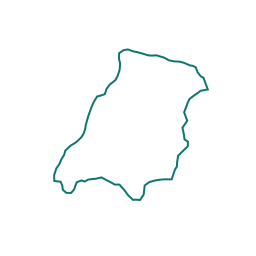 Eptakomi, Cyprus (Mercator projection), rotated 326°
{"feature_id": "46923920B67887725742244", "entity_name": "Eptakomi", "entity_type": "district", "adm_level": 2, "iso_a3": "CYP", "parent_name": "Cyprus", "parent_adm1": "", "projection": "mercator", "projection_center": [34.034, 35.451], "detail": "fine", "context": "isolated", "style": "outline", "palette": "teal", "viewbox_px": 256, "rotation_deg": 326, "n_neighbors": 0, "source": "geoboundaries", "source_scale": "gbopen_adm2", "svg_char_len": 1345}
<svg xmlns="http://www.w3.org/2000/svg" viewBox="0 0 256 256"><g transform="rotate(326 128 128)"><path d="M135.5,195.0L143.9,188.6L146.9,187.4L149.6,183.8L154.1,179.0L162.2,177.5L167.3,176.6L170.0,172.9L168.5,169.0L170.9,164.2L173.3,158.2L181.2,155.1L183.3,146.4L187.5,143.4L191.7,140.4L195.3,138.3L200.7,138.0L205.8,138.0L208.8,137.7L215.7,140.7L217.2,134.3L218.7,128.6L217.2,125.9L216.9,120.5L218.1,115.6L216.6,112.9L214.2,110.5L210.9,105.4L208.2,102.1L203.7,98.7L199.8,94.8L197.4,90.0L194.7,86.7L192.3,83.7L188.1,81.2L185.4,79.1L181.8,74.6L177.9,70.1L175.5,67.7L171.8,62.8L167.9,61.0L162.5,61.0L159.2,65.6L157.7,69.8L155.9,72.2L153.8,74.9L150.8,77.3L148.4,79.1L144.5,81.2L141.5,81.5L137.0,81.8L131.9,83.7L127.7,87.0L123.5,85.8L119.9,84.6L113.6,87.6L109.4,90.3L101.6,96.0L97.4,99.6L94.7,101.8L91.7,105.1L88.1,107.8L84.2,109.6L79.0,110.5L75.7,110.8L70.3,110.5L63.4,111.7L59.8,114.7L55.6,116.5L50.8,119.6L46.0,121.4L40.3,125.9L37.3,130.7L42.1,134.9L41.2,139.2L39.4,142.8L40.6,147.3L44.5,150.0L49.0,148.8L51.7,146.7L55.3,144.3L60.1,145.5L62.2,148.2L66.1,148.5L70.3,150.6L73.0,152.1L78.4,154.2L80.5,158.2L83.3,163.3L85.4,167.5L89.3,170.2L89.6,173.2L90.2,176.9L90.5,184.1L92.0,190.4L94.7,192.0L97.7,194.4L103.7,192.0L109.7,185.0L115.4,184.7L121.4,186.8L125.3,188.6L129.2,190.7L135.5,195.0Z" fill="none" stroke="#0f766e" stroke-width="2"/></g></svg>